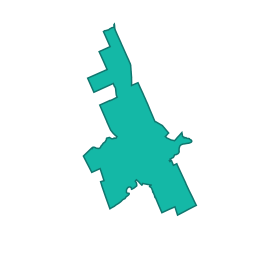 outline of Slobozia, Ialomita, Romania, rotated 335°
{"feature_id": "2599482B59701946957193", "entity_name": "Slobozia", "entity_type": "district", "adm_level": 2, "iso_a3": "ROU", "parent_name": "Romania", "parent_adm1": "Ialomita", "projection": "natural_earth1", "projection_center": [27.382, 44.608], "detail": "fine", "context": "isolated", "style": "filled", "palette": "teal", "viewbox_px": 256, "rotation_deg": 335, "n_neighbors": 0, "source": "geoboundaries", "source_scale": "gbopen_adm2", "svg_char_len": 5650}
<svg xmlns="http://www.w3.org/2000/svg" viewBox="0 0 256 256"><g transform="rotate(335 128 128)"><path d="M77.5,193.6L77.9,193.5L78.0,193.4L78.4,193.4L78.6,193.4L79.4,193.4L79.8,193.3L80.2,193.3L82.1,193.2L82.9,193.1L83.5,192.9L84.0,192.8L84.5,192.7L85.1,192.6L86.9,192.4L87.7,192.3L88.7,192.1L90.4,191.7L91.5,191.3L91.9,191.1L93.3,190.7L93.7,190.7L94.5,190.7L94.8,190.7L95.3,190.7L95.5,190.6L96.1,190.3L96.4,190.1L96.7,189.9L97.0,189.7L97.4,189.5L97.7,189.5L98.2,189.4L99.5,189.1L100.2,188.9L101.0,188.5L101.2,188.3L101.4,187.8L101.4,187.7L101.1,187.5L101.0,187.4L100.7,187.3L100.1,187.0L99.8,186.6L99.6,186.3L99.4,185.8L99.4,185.6L99.6,185.3L100.1,184.1L100.3,183.8L100.4,183.5L100.9,183.1L101.2,182.8L101.8,182.4L102.3,182.2L102.6,182.0L102.9,181.9L103.4,181.9L103.7,181.9L104.0,181.9L104.6,182.1L105.0,182.4L105.3,182.8L105.5,183.1L105.7,183.5L105.6,183.8L105.6,184.1L105.4,184.4L105.3,184.9L105.4,185.1L106.0,185.1L106.8,185.0L107.7,185.0L108.4,184.9L111.5,184.1L111.6,183.9L112.1,182.7L112.3,181.7L112.4,180.9L112.3,180.3L112.1,179.3L112.9,178.8L113.8,178.5L115.2,182.0L115.3,182.6L115.8,184.1L116.4,185.6L116.5,185.6L116.8,185.5L117.1,185.3L117.4,185.0L117.9,184.5L124.8,189.5L124.6,189.7L124.2,189.7L123.4,189.6L122.8,190.2L123.0,190.4L123.3,190.8L123.6,191.5L123.8,192.0L123.9,192.6L123.7,196.4L123.4,196.4L123.4,196.7L123.4,196.8L123.5,197.2L123.6,197.3L123.5,201.4L123.1,201.6L123.2,202.7L123.5,202.9L123.2,210.0L123.0,216.3L122.9,219.1L123.4,219.1L126.4,219.1L129.8,219.1L130.9,219.1L137.2,219.3L136.1,227.9L142.8,227.6L144.8,227.5L148.0,227.3L155.4,227.0L157.2,227.0L157.2,226.8L157.1,222.4L157.1,220.5L157.1,218.1L156.9,210.5L156.9,209.0L156.9,206.5L156.9,203.0L157.0,202.2L157.0,199.7L157.0,198.2L157.0,196.2L157.0,194.3L157.0,192.0L157.0,191.2L157.0,189.7L157.0,188.0L157.0,186.6L157.0,183.6L157.0,182.4L157.1,181.0L155.8,181.0L153.4,181.0L153.5,179.2L153.6,176.2L151.8,176.1L151.7,175.0L153.1,174.9L153.1,174.0L154.1,174.1L154.3,174.1L154.8,173.9L155.5,173.8L155.9,173.8L156.2,173.9L156.6,173.8L156.9,173.7L157.4,173.3L157.9,172.9L158.4,172.4L158.7,172.2L159.2,172.1L160.1,172.4L160.9,172.5L161.9,172.4L162.2,172.4L162.7,172.3L163.1,172.1L163.5,171.9L163.9,171.6L164.1,171.4L164.3,171.2L164.8,169.9L165.2,169.0L166.0,167.7L166.5,167.2L166.9,166.7L167.2,166.4L167.5,166.2L168.0,166.0L168.5,165.8L169.0,165.7L169.7,165.7L170.3,165.7L171.0,165.8L171.8,166.0L172.3,166.2L173.1,166.4L174.6,166.8L176.2,167.3L176.9,167.5L177.8,167.6L178.8,167.6L179.2,167.6L179.4,167.5L179.7,167.4L180.1,167.1L180.2,166.9L180.3,166.5L180.3,166.3L180.2,165.7L179.9,165.2L179.7,165.1L179.5,164.8L179.1,164.1L179.1,163.7L178.8,163.3L177.5,162.6L177.2,162.4L176.8,162.1L176.4,161.2L175.8,161.1L175.3,160.9L174.9,160.7L175.2,160.4L173.9,158.8L174.9,154.9L173.9,155.3L171.7,156.3L170.7,156.7L168.9,157.4L168.0,157.8L166.6,158.5L164.8,159.2L164.7,159.1L164.1,158.6L162.6,157.5L162.1,157.2L161.0,155.9L160.3,155.0L160.2,154.9L158.8,153.2L158.7,152.5L158.5,152.1L158.2,151.6L159.6,151.0L162.0,149.9L162.7,149.7L161.2,144.1L160.4,141.2L160.3,140.8L160.2,140.4L157.0,135.8L156.3,134.8L156.1,134.5L155.9,134.2L155.7,134.1L155.4,133.8L155.2,133.7L155.2,130.8L155.4,126.6L155.4,125.7L155.6,120.2L155.9,114.2L155.9,113.9L155.9,111.0L156.0,109.3L156.0,107.9L156.0,106.0L156.1,103.5L156.1,101.9L156.1,98.5L156.1,96.3L156.2,91.2L154.2,91.1L149.9,91.0L149.2,91.0L150.0,89.3L150.5,88.3L151.1,86.9L151.6,85.8L152.0,84.8L152.3,84.3L152.7,83.4L153.0,82.5L153.2,82.0L153.7,80.7L153.9,80.1L154.1,79.7L154.2,79.4L154.4,78.8L154.6,78.4L154.8,77.8L155.3,76.4L155.5,76.0L156.5,73.3L156.9,72.4L157.1,71.3L157.2,70.8L157.2,70.1L157.2,69.0L157.2,68.3L157.3,67.2L157.3,66.5L157.3,65.7L157.3,65.1L157.3,63.2L157.4,56.9L157.5,51.5L157.5,49.3L157.6,47.2L157.6,46.9L157.7,38.3L157.7,38.2L157.8,34.8L157.8,34.0L157.9,33.6L157.9,33.1L158.0,32.7L158.1,32.3L158.2,31.8L159.2,29.2L159.3,28.8L159.5,28.1L159.1,28.3L158.8,28.6L158.7,28.8L158.5,29.7L158.4,29.9L158.1,30.2L157.9,30.4L157.7,30.6L157.4,30.7L157.2,30.7L155.9,30.3L154.4,30.4L153.6,30.4L152.5,30.7L152.3,30.7L152.2,30.7L151.9,30.8L151.4,30.8L151.1,30.6L150.8,30.6L150.0,30.5L149.6,30.4L149.3,30.4L149.1,30.4L148.9,30.3L148.6,30.2L148.3,30.1L148.1,30.0L147.9,30.0L147.7,30.0L147.2,30.1L146.9,30.3L146.5,30.3L146.2,46.7L134.1,46.6L134.0,57.0L133.8,66.2L112.5,65.8L112.2,81.2L133.5,81.4L133.5,81.7L133.4,82.0L133.3,84.7L133.4,84.9L133.5,85.0L133.5,85.5L133.5,85.9L133.5,86.7L133.4,87.0L131.3,93.2L131.2,95.4L131.2,95.5L126.5,95.7L124.0,95.7L123.3,95.6L123.2,95.6L123.2,95.4L113.5,95.3L112.1,95.3L111.9,101.1L111.6,113.4L111.5,113.5L111.4,122.0L111.4,122.6L112.3,126.4L112.7,127.6L112.9,127.8L113.1,128.2L113.2,128.9L113.4,129.4L114.1,130.5L114.3,131.2L113.8,131.3L113.6,131.6L113.4,131.9L113.2,132.0L112.9,132.1L112.7,132.2L112.4,132.1L112.0,131.7L111.7,131.5L111.5,131.4L111.3,131.3L111.2,131.6L110.2,131.4L109.3,131.2L108.9,131.0L108.6,130.7L108.3,130.3L108.0,130.1L107.9,129.9L107.7,129.5L107.4,129.0L107.3,128.8L107.1,128.7L106.6,128.6L106.0,128.5L104.5,128.2L104.4,128.2L104.2,128.3L103.9,128.7L103.7,129.1L102.9,129.9L101.9,130.5L101.3,130.9L101.0,131.0L100.6,131.1L99.9,131.2L99.3,131.3L99.1,131.4L98.6,131.6L98.0,132.1L97.7,132.2L96.9,132.6L95.9,133.0L95.0,133.8L94.7,134.0L94.4,134.1L94.1,134.2L94.0,134.3L93.8,134.3L93.4,134.3L93.1,134.2L92.7,134.1L92.4,133.9L92.2,133.8L92.0,133.7L90.7,132.9L90.5,132.7L90.3,132.3L90.2,132.1L89.7,131.6L89.4,131.3L89.1,131.1L88.6,130.8L88.3,130.7L87.9,130.6L87.7,130.6L87.4,130.7L87.6,131.1L86.7,131.5L86.4,130.9L75.7,134.6L76.0,142.7L76.2,146.9L76.4,152.9L85.6,153.0L84.0,165.6L80.5,165.1L79.8,170.0L78.7,180.3L77.5,193.3L77.5,193.6Z" fill="#14b8a6" stroke="#0f766e" stroke-width="1.5"/></g></svg>